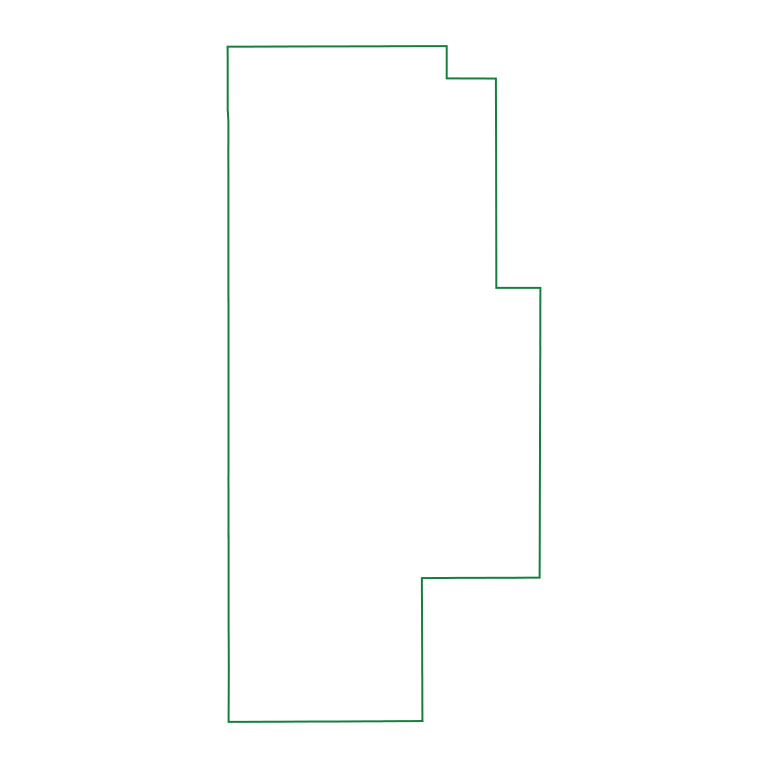 outline of Orroroo Carrieton, South Australia, Australia
{"feature_id": "25037944B41363903956940", "entity_name": "Orroroo Carrieton", "entity_type": "district", "adm_level": 2, "iso_a3": "AUS", "parent_name": "Australia", "parent_adm1": "South Australia", "projection": "albers", "projection_center": [138.617, -32.532], "detail": "fine", "context": "isolated", "style": "outline", "palette": "green", "viewbox_px": 768, "rotation_deg": 0, "n_neighbors": 0, "source": "geoboundaries", "source_scale": "gbopen_adm2", "svg_char_len": 1749}
<svg xmlns="http://www.w3.org/2000/svg" viewBox="0 0 768 768"><path d="M228.4,212.8L228.4,219.5L228.4,229.2L228.4,233.1L228.4,233.4L228.4,288.4L228.4,297.7L228.4,300.2L228.5,300.2L228.5,306.8L228.5,320.9L228.5,353.0L228.5,415.5L228.5,435.4L228.5,449.6L228.5,475.6L228.5,475.9L228.4,476.2L228.5,489.6L228.5,489.8L228.5,522.4L228.5,530.9L228.5,533.8L228.5,536.3L228.6,536.2L228.6,544.6L228.6,545.1L228.6,545.5L228.6,566.6L228.6,609.0L228.6,621.1L228.6,628.0L228.7,640.0L228.8,668.2L228.8,668.4L228.7,698.4L228.6,716.8L228.6,721.9L230.4,721.9L230.5,721.9L243.0,721.9L251.8,721.8L283.1,721.7L284.7,721.7L284.8,721.7L297.9,721.6L298.1,721.6L298.4,721.6L324.1,721.5L326.4,721.5L340.8,721.5L371.8,721.3L377.6,721.3L381.7,721.3L382.8,721.3L383.0,721.2L390.6,721.2L408.5,721.1L413.0,721.1L422.5,721.0L422.4,720.2L422.3,689.9L422.3,684.7L422.3,679.9L422.2,668.1L422.2,665.2L422.2,656.0L422.1,636.1L422.0,601.8L421.9,589.3L421.9,581.4L421.9,578.1L436.0,578.0L445.4,578.0L454.6,577.9L467.3,577.9L479.0,577.9L489.4,577.8L511.7,577.8L512.2,577.8L524.6,577.7L539.6,577.7L539.7,558.4L539.9,483.6L540.0,450.8L540.0,435.8L540.2,370.1L540.2,363.7L540.3,352.1L540.3,345.7L540.2,344.9L540.3,337.6L540.3,312.9L540.3,310.2L540.3,307.6L540.4,287.9L522.6,287.9L513.9,287.9L508.4,287.9L496.3,287.9L496.3,276.6L496.3,271.2L496.3,268.2L496.3,267.5L496.3,265.7L496.1,148.6L495.9,78.5L486.4,78.5L446.7,78.4L446.7,55.0L446.7,46.1L439.0,46.1L423.3,46.1L423.2,46.1L408.0,46.2L393.5,46.2L382.8,46.3L374.7,46.3L367.3,46.3L360.1,46.3L344.7,46.4L337.5,46.4L330.3,46.4L320.4,46.4L288.0,46.5L236.8,46.7L227.6,46.7L227.7,60.2L227.7,110.0L227.9,112.0L228.4,121.7L228.4,124.2L228.4,125.8L228.4,141.0L228.3,151.4L228.4,173.8L228.4,212.8Z" fill="none" stroke="#15803d" stroke-width="2"/></svg>